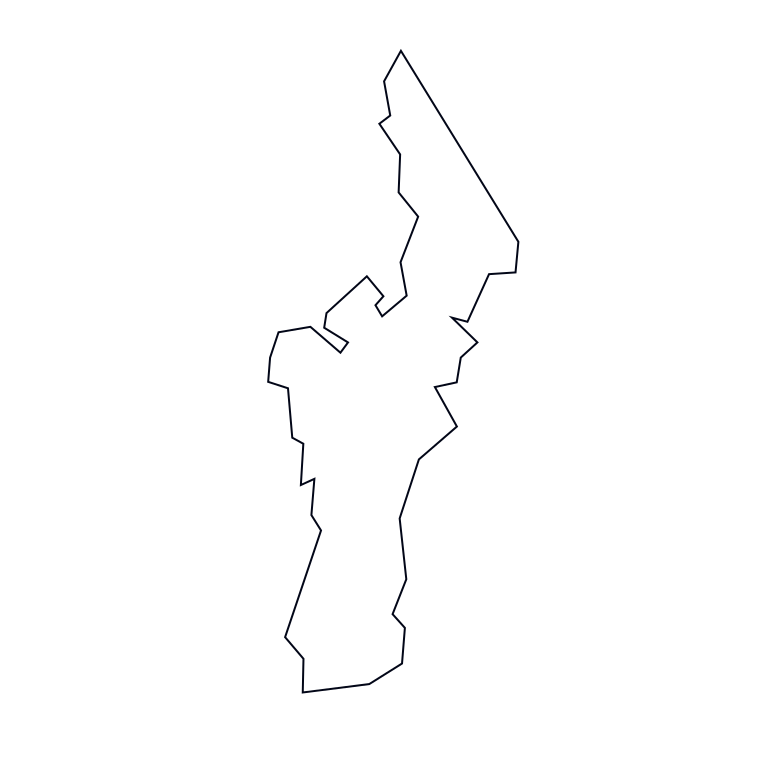 map outline of Rift Valley (Equal Earth projection), rotated 201°
{"feature_id": "KEN-890", "entity_name": "Rift Valley", "entity_type": "Province", "adm_level": 1, "iso_a3": "KEN", "parent_name": "Kenya", "parent_adm1": "", "projection": "equal_earth", "projection_center": [36.059, 0.919], "detail": "coarse", "context": "isolated", "style": "outline", "palette": "ink", "viewbox_px": 768, "rotation_deg": 201, "n_neighbors": 0, "source": "natural_earth", "source_scale": "10m", "svg_char_len": 750}
<svg xmlns="http://www.w3.org/2000/svg" viewBox="0 0 768 768"><g transform="rotate(201 384 384)"><path d="M360.7,98.6L385.6,112.2L390.3,224.7L404.8,235.6L415.0,270.5L425.4,259.9L437.9,299.3L450.4,301.0L472.1,345.6L492.9,344.5L499.8,367.8L501.0,394.5L473.2,411.0L435.9,397.6L432.5,409.9L460.0,415.1L463.1,429.6L438.6,478.4L416.0,465.7L420.2,454.5L410.0,446.5L394.5,474.6L412.2,503.6L412.1,552.5L439.0,568.1L451.2,604.1L481.6,625.3L474.4,636.9L492.4,666.6L487.6,701.1L309.5,564.9L301.2,535.3L325.3,524.2L328.4,472.0L344.3,470.3L311.7,456.3L321.8,436.2L316.7,411.6L335.4,399.4L300.7,370.4L324.4,326.1L321.2,264.1L293.2,209.7L293.5,172.2L277.1,163.8L267.0,129.5L290.2,98.6L349.3,66.9L360.7,98.6Z" fill="none" stroke="#020617" stroke-width="2"/></g></svg>